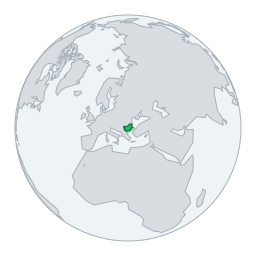 Bulgaria on an orthographic globe, rotated 337°
{"feature_id": "BGR", "entity_name": "Bulgaria", "entity_type": "country or territory", "adm_level": 0, "iso_a3": "BGR", "parent_name": "Europe", "parent_adm1": "", "projection": "orthographic", "projection_center": [24.961, 42.741], "detail": "fine", "context": "on_globe", "style": "filled", "palette": "green", "viewbox_px": 256, "rotation_deg": 337, "n_neighbors": 0, "source": "natural_earth", "source_scale": "50m", "svg_char_len": 11464}
<svg xmlns="http://www.w3.org/2000/svg" viewBox="0 0 256 256"><g transform="rotate(337 128 128)"><circle cx="128" cy="128" r="113" fill="#eef3f6" stroke="#a8b0b8"/><path d="M86.1,23.4L90.1,22.4L86.9,23.5L88.6,23.1L92.7,21.8L95.0,21.1L106.7,20.1L120.4,18.9L124.7,17.8L123.8,18.8L131.7,16.7L139.1,16.9L130.8,17.2L130.0,17.7L135.1,17.9L135.3,18.5L137.9,19.0L137.8,19.7L133.0,20.2L132.8,20.8L136.4,20.9L138.5,21.9L133.3,21.6L136.4,23.5L129.0,25.2L115.1,24.7L111.0,27.3L96.8,31.3L98.1,31.9L93.5,34.2L93.4,35.9L90.8,36.4L92.9,37.4L95.3,36.6L97.0,36.9L97.1,37.9L93.8,38.6L93.3,38.2L92.4,39.0L90.7,39.0L91.6,39.5L87.6,40.5L91.7,41.1L88.6,43.2L86.0,43.4L86.1,41.3L80.2,37.6L77.5,37.6L73.6,39.5L66.5,47.2L63.6,48.3L59.8,51.2L61.4,51.4L65.0,49.2L67.1,50.6L71.3,48.0L72.7,48.3L77.0,46.7L76.5,49.2L73.7,52.7L70.1,54.2L68.7,55.8L72.3,56.4L65.7,61.5L61.5,69.1L59.8,70.3L56.2,68.7L56.0,63.3L51.4,62.1L54.4,65.3L50.1,68.8L49.4,70.5L49.7,71.9L51.4,71.6L50.0,73.4L46.4,70.7L47.6,69.0L48.8,69.8L48.6,67.4L46.1,66.0L44.1,68.1L42.5,64.6L41.1,66.2L39.9,66.5L42.3,64.1L37.9,68.4L35.8,66.5L29.7,74.5L35.5,65.5L37.5,62.1L39.4,59.0L38.4,60.1L42.3,55.0L42.8,54.4L48.9,47.8L55.5,41.8L62.6,36.3L70.1,31.4L77.9,27.1L86.1,23.4ZM19.1,99.4L19.1,99.2L18.8,101.5L17.5,106.2L18.3,104.2L17.4,108.7L17.5,116.8L17.2,117.2L17.0,129.8L18.9,140.0L19.3,145.4L18.9,146.6L20.0,149.9L20.0,151.4L26.1,164.5L30.7,173.7L31.6,178.6L29.7,179.8L32.6,187.9L32.0,187.0L28.0,179.8L24.4,172.3L21.5,164.6L19.1,156.6L17.3,148.6L16.0,140.4L15.4,132.1L15.4,123.9L16.0,115.6L17.3,107.4L19.1,99.4ZM28.2,76.7L23.7,87.9L24.7,84.1L24.8,84.2L26.2,80.7L28.5,75.8L29.7,73.0L28.2,76.7ZM29.8,75.9L30.4,74.3L30.0,75.5L29.8,75.9ZM96.0,20.7L92.8,21.8L89.0,22.9L91.6,21.9L96.0,20.7ZM103.3,19.3L101.9,19.8L100.1,19.8L101.4,19.5L103.3,19.3ZM127.6,17.1L124.9,17.2L127.4,17.0L127.6,17.1ZM138.3,18.9L139.0,18.8L140.0,19.1L138.3,18.9ZM77.0,45.5L77.0,46.1L76.2,46.0L77.0,45.5ZM78.9,44.3L78.0,43.8L78.7,43.2L79.3,43.5L78.9,44.3ZM140.8,20.7L142.3,21.4L139.9,20.7L140.8,20.7ZM79.9,45.0L80.2,42.1L81.5,41.1L84.7,41.4L79.9,45.0ZM142.6,21.9L146.3,24.0L148.1,23.7L145.1,25.9L142.9,23.3L139.8,22.4L142.1,22.5L142.6,21.9ZM96.0,36.0L93.4,36.8L95.4,35.2L96.0,36.0ZM96.8,34.9L100.6,30.1L104.4,29.6L102.4,31.2L107.2,29.9L107.3,31.9L104.6,33.1L102.1,33.0L104.0,33.9L96.8,34.9ZM142.8,26.9L143.0,27.6L141.9,27.0L142.8,26.9ZM97.8,36.8L98.2,35.8L101.6,35.2L101.4,37.1L100.4,36.7L97.8,36.8ZM108.5,28.6L110.9,28.6L111.7,30.2L112.7,30.5L107.6,31.9L108.5,28.6ZM99.7,37.4L101.2,38.1L99.7,39.4L97.7,37.8L99.7,37.4ZM102.6,34.3L104.1,34.2L103.2,34.8L102.6,34.3ZM95.4,44.6L95.8,43.2L97.6,42.8L95.4,44.6ZM101.9,38.4L102.4,37.9L103.1,37.6L103.8,38.4L101.9,38.4ZM108.5,33.0L108.2,33.8L110.6,32.5L111.2,33.8L107.7,34.6L109.5,34.8L109.7,35.2L106.6,35.4L108.5,33.0ZM106.7,38.4L102.5,40.1L101.3,42.6L99.7,43.0L101.8,39.0L106.7,38.4ZM106.9,36.6L106.4,37.8L104.6,37.7L103.9,36.8L106.9,36.6ZM112.9,34.4L112.8,32.2L113.6,32.2L112.9,34.4ZM106.7,39.1L107.7,38.7L106.8,39.3L106.7,39.1ZM111.4,35.9L111.3,35.1L112.1,35.0L111.4,35.9ZM109.9,38.7L108.5,39.2L108.0,38.5L109.9,38.7ZM110.9,37.4L112.1,37.5L108.6,38.0L110.7,37.0L110.9,37.4ZM112.2,35.9L112.7,35.6L112.2,36.3L112.2,35.9ZM112.8,40.9L108.5,41.7L107.3,40.2L111.6,39.6L112.8,40.9ZM61.2,179.0L54.3,161.4L57.6,157.0L58.2,149.9L81.1,132.9L86.0,136.0L104.1,136.4L106.4,137.7L104.4,143.5L118.0,152.0L122.4,147.2L134.7,151.0L142.8,150.2L145.6,138.8L132.2,139.9L129.8,134.4L140.4,128.8L152.1,128.0L151.5,125.9L144.1,122.0L146.7,117.5L141.5,120.3L143.7,122.3L140.5,124.2L138.3,122.5L139.3,120.9L135.8,120.2L131.9,128.3L133.7,131.2L124.5,132.8L126.6,138.0L124.1,140.4L119.7,132.6L120.1,129.8L111.9,121.0L110.7,124.1L118.3,132.7L115.9,131.9L114.3,136.6L113.7,132.5L105.7,122.7L97.4,123.3L86.8,133.2L81.9,132.9L77.8,129.2L81.5,117.7L92.1,119.8L93.5,116.1L91.3,109.8L94.7,111.1L95.1,108.9L99.1,109.4L104.6,104.9L108.6,105.0L110.7,98.4L113.1,97.6L111.1,101.6L112.0,104.7L121.9,105.0L123.9,103.6L124.4,99.4L127.1,100.2L126.4,96.1L132.1,94.4L124.5,93.2L125.0,88.6L128.4,85.1L127.2,83.5L121.6,89.2L120.6,91.7L122.0,94.2L118.1,101.4L114.7,102.4L113.6,94.3L108.6,95.0L109.9,88.7L124.1,76.6L130.0,74.3L140.0,79.8L138.6,82.7L134.4,82.1L138.4,86.7L138.0,84.3L140.2,85.1L141.2,81.3L142.9,81.7L141.1,77.5L143.2,77.6L144.3,80.2L147.5,75.0L151.9,74.3L151.9,73.0L150.6,71.8L157.0,71.9L156.6,70.9L154.4,70.5L152.4,68.3L151.2,64.6L153.5,64.9L154.2,66.2L159.1,69.6L160.7,73.4L161.5,73.2L160.7,70.0L154.7,65.8L153.4,63.6L156.4,65.1L155.2,64.4L155.3,63.3L157.4,62.6L154.2,60.8L151.6,50.2L155.5,48.1L158.6,50.4L159.2,44.2L163.6,42.8L161.5,42.3L160.4,39.3L159.0,39.7L158.0,39.2L154.5,32.4L155.5,31.2L151.7,28.3L150.6,28.1L149.7,28.8L145.1,25.9L148.1,23.7L150.3,24.2L150.7,22.7L155.8,24.2L160.1,24.9L165.4,27.7L168.4,28.2L168.2,27.6L172.1,28.1L180.8,31.6L174.6,31.3L161.7,27.8L167.1,29.3L166.1,29.8L168.2,31.0L171.9,32.2L172.2,31.7L179.5,39.1L189.1,45.2L187.8,42.1L189.8,41.8L199.5,47.3L212.5,62.3L215.3,63.1L217.4,65.2L219.1,68.7L216.1,65.7L215.3,66.8L213.4,64.7L215.2,69.7L212.5,67.1L215.2,72.5L217.2,73.5L216.7,69.9L220.1,76.1L223.1,76.7L226.6,81.0L231.8,94.8L232.6,103.0L233.3,104.9L232.0,105.4L232.7,111.4L237.0,116.1L237.8,118.8L237.7,128.5L237.3,126.7L233.9,127.9L235.0,135.2L237.7,135.9L238.6,140.4L237.4,141.9L236.2,138.2L234.9,138.4L234.0,132.5L230.6,126.3L229.2,131.2L228.1,127.7L223.2,124.1L220.6,131.1L217.1,147.1L218.7,156.4L216.6,162.5L209.2,153.8L205.6,145.8L203.1,148.6L195.3,144.3L182.4,150.2L180.4,148.2L178.0,150.5L172.5,149.8L169.4,146.3L166.1,147.6L174.4,156.6L177.9,155.2L180.6,149.7L182.3,153.2L187.5,154.6L182.3,166.5L162.9,180.6L160.8,173.9L144.7,155.6L145.0,153.1L145.0,152.8L144.7,152.3L143.5,156.5L140.7,152.6L149.5,166.4L151.1,172.3L162.6,181.1L161.6,182.5L165.3,183.8L176.6,177.9L176.7,180.2L171.5,192.2L155.6,208.6L157.6,215.8L156.2,221.8L146.1,226.9L146.7,230.4L141.4,232.2L140.9,234.0L136.6,236.0L129.3,237.6L117.3,237.3L116.7,236.0L111.0,232.8L103.1,223.0L106.4,218.6L105.4,214.3L96.7,203.0L98.6,197.2L96.2,194.2L91.3,193.9L88.5,190.1L85.6,189.3L66.9,185.7L61.2,179.0ZM73.3,143.8L72.8,146.0L72.7,146.0L73.3,143.8ZM164.6,132.8L171.4,131.3L167.9,124.9L170.2,123.9L168.2,122.2L167.6,124.5L162.6,119.7L165.3,116.7L164.3,113.8L161.9,114.2L157.7,120.5L164.9,127.2L163.6,130.6L164.6,132.8ZM17.5,117.0L17.4,118.9L17.3,117.6L17.5,117.0ZM24.0,85.3L23.4,87.0L22.8,88.5L23.1,87.5L24.0,85.3ZM21.3,99.1L21.0,101.4L20.9,99.8L21.3,99.1ZM23.2,89.6L21.4,97.5L21.3,94.9L22.5,90.1L22.2,92.3L23.2,89.6ZM28.3,77.5L27.8,78.8L27.4,79.3L28.3,77.5ZM29.5,76.8L29.5,76.5L30.1,75.4L29.5,76.8ZM50.3,68.9L50.6,69.2L50.5,70.8L49.8,70.5L50.3,68.9ZM54.8,75.9L52.4,78.7L53.6,76.4L52.1,76.4L52.8,71.6L59.0,70.7L56.1,71.9L54.8,75.9ZM55.5,65.4L54.4,68.3L55.4,65.2L55.5,65.4ZM93.4,97.0L94.7,98.8L93.2,101.1L88.1,101.7L90.3,98.2L93.4,97.0ZM97.0,100.8L97.3,93.0L100.5,92.5L98.7,94.0L100.7,94.5L98.3,97.2L101.0,104.7L99.9,107.3L91.1,106.6L94.6,105.3L93.1,103.5L97.0,100.8ZM92.6,76.0L92.7,73.2L99.4,75.7L98.5,78.1L93.3,78.7L91.4,76.2L92.6,76.0ZM85.5,46.4L85.1,45.6L86.0,45.4L87.1,45.8L85.5,46.4ZM95.4,44.0L88.0,49.8L87.2,49.1L83.8,53.6L80.4,53.7L82.7,50.7L77.6,54.3L78.3,51.6L75.0,54.3L80.5,47.7L81.0,45.6L81.8,47.8L84.9,47.8L86.4,47.2L90.9,43.9L93.4,39.8L96.9,39.3L98.7,40.1L98.6,41.0L96.4,41.0L97.9,42.2L94.6,42.9L95.4,44.0ZM117.8,52.7L115.2,51.7L117.7,55.5L114.4,55.7L114.9,56.1L112.6,57.5L110.6,59.9L109.1,59.7L108.9,60.7L107.4,61.7L106.7,63.2L103.8,63.3L102.7,65.1L101.9,64.2L100.9,67.3L100.3,65.1L98.3,66.3L99.9,67.8L85.7,66.3L80.1,67.8L75.8,70.4L75.5,66.5L79.3,61.8L85.1,57.4L90.5,56.7L89.4,55.2L91.6,54.5L91.6,56.0L93.0,53.3L94.8,53.2L100.0,50.1L100.9,46.6L102.8,45.5L103.4,46.8L104.9,44.8L107.3,46.5L108.7,45.8L112.4,47.0L112.7,50.0L114.3,49.0L117.2,50.0L117.8,52.7ZM113.8,41.3L114.9,44.6L113.6,46.5L107.6,43.8L106.0,44.2L102.1,42.8L104.0,40.2L104.9,40.8L106.3,40.8L105.2,41.6L107.1,41.0L108.4,41.9L110.3,41.6L110.1,42.8L113.8,41.3ZM109.0,135.7L110.7,136.1L113.5,136.0L112.5,139.1L109.0,135.7ZM103.4,129.1L105.0,128.8L105.0,132.9L103.2,132.6L103.4,129.1ZM105.9,125.4L105.1,128.5L104.4,126.6L105.9,125.4ZM112.6,101.3L114.3,100.9L114.5,101.9L113.5,103.4L112.6,101.3ZM124.5,64.7L123.2,63.7L123.7,63.1L122.9,59.9L125.3,59.6L126.7,61.4L124.5,64.7ZM143.3,141.0L140.9,143.4L139.7,142.5L140.8,141.8L143.3,141.0ZM126.0,141.8L129.9,143.1L125.7,142.6L126.0,141.8ZM126.9,63.9L126.3,62.5L127.9,63.2L126.9,63.9ZM127.0,59.2L128.8,59.7L125.5,59.2L127.0,59.2ZM174.8,216.3L166.5,227.1L161.4,228.4L160.8,226.3L164.1,220.3L170.1,217.1L173.2,213.4L174.8,216.3ZM238.8,148.4L238.3,150.5L238.7,148.3L239.4,144.8L238.8,148.4ZM238.6,148.5L237.4,149.9L233.6,145.7L235.0,143.3L238.5,142.6L238.4,144.3L239.1,144.2L238.6,148.5ZM240.3,137.1L240.1,138.5L240.0,135.4L240.1,132.2L240.3,130.4L239.7,115.1L239.8,114.6L240.4,120.2L240.4,120.4L240.6,128.7L240.3,137.1ZM219.1,156.9L221.5,160.4L220.2,162.6L219.1,156.9ZM238.4,106.7L239.4,113.0L238.1,105.7L238.4,106.7ZM236.9,100.7L237.4,102.3L237.1,101.8L236.9,100.7ZM234.4,107.3L234.2,109.7L233.6,108.5L233.5,104.8L234.4,107.3ZM229.2,84.8L231.2,88.3L231.9,89.9L230.8,88.7L229.2,84.8ZM146.4,60.9L144.8,65.6L145.3,69.1L148.0,71.2L143.5,70.4L142.8,65.0L146.4,60.9ZM150.7,51.4L148.3,49.8L149.7,49.4L150.5,49.7L150.7,51.4ZM149.0,51.3L145.3,51.6L144.2,50.0L147.3,50.0L149.0,51.3ZM136.1,57.4L135.5,58.8L134.3,58.1L136.1,57.4ZM237.5,101.4L238.1,104.3L237.1,100.0L237.5,101.4ZM237.9,103.8L237.4,101.9L237.2,100.8L237.9,103.8ZM237.1,99.9L236.2,96.7L236.5,97.8L237.1,99.9ZM236.0,98.0L236.6,98.2L236.8,100.9L234.3,94.5L234.0,92.6L236.0,98.0ZM218.1,63.4L216.8,62.1L215.8,60.3L217.0,61.6L218.1,63.4ZM211.3,53.7L215.1,59.4L217.9,64.4L218.2,64.0L220.9,67.6L219.2,66.6L215.5,61.1L213.7,57.9L211.2,55.3L208.6,51.9L205.6,49.7L203.7,47.8L205.8,48.9L211.3,53.7ZM204.4,48.9L198.3,44.6L197.5,42.5L198.6,43.0L201.8,45.8L202.0,46.7L204.4,48.9ZM196.6,43.0L196.7,44.0L188.1,41.1L186.1,40.1L192.2,40.7L192.7,41.7L195.0,42.9L196.6,43.0ZM144.1,27.5L143.1,27.6L143.6,27.1L144.1,27.5ZM157.2,39.5L155.9,38.9L156.6,38.2L157.2,39.5ZM152.5,36.7L152.7,37.9L151.5,36.6L152.5,36.7ZM153.3,40.6L152.3,38.3L154.6,40.7L153.3,40.6Z" fill="#d9dde1" stroke="#a8b0b8" stroke-width="1"/><path d="M132.5,129.4L132.3,129.4L132.2,129.4L132.2,129.5L131.9,129.5L131.7,129.5L131.5,129.4L131.4,129.3L131.3,129.2L131.3,129.3L131.0,129.3L130.9,129.4L130.7,129.5L130.4,129.5L130.3,129.8L130.1,129.8L130.0,130.0L129.8,129.9L129.7,130.0L129.7,130.4L129.8,130.6L129.7,130.7L129.4,130.8L129.2,130.8L128.8,130.8L128.6,130.9L128.4,130.9L128.0,130.7L127.8,130.6L127.7,130.7L127.4,130.5L127.3,130.3L127.2,130.4L126.9,130.4L126.7,130.4L126.6,130.5L126.4,130.5L126.2,130.6L125.9,130.6L125.7,130.6L125.3,130.8L125.1,130.7L125.0,130.2L125.1,129.9L125.0,129.7L124.9,129.4L124.7,129.3L124.5,129.2L124.4,129.1L124.2,128.8L124.3,128.8L124.3,128.7L124.5,128.5L124.5,128.4L124.4,128.3L124.3,128.2L124.4,127.9L124.4,127.7L124.5,127.7L124.8,127.7L125.0,127.4L125.1,127.2L124.9,126.9L124.8,126.7L124.6,126.5L124.5,126.4L124.4,126.1L124.3,125.9L124.3,125.7L124.5,125.4L124.7,125.2L124.8,125.0L125.2,125.2L125.3,125.3L125.2,125.5L125.0,125.8L125.5,125.7L126.0,125.8L126.6,125.9L127.0,126.0L127.2,125.9L127.8,126.0L128.3,126.1L128.8,126.2L129.0,126.1L129.4,125.8L129.8,125.5L130.2,125.3L130.7,125.2L131.0,125.2L131.5,125.4L131.8,125.5L132.1,125.5L132.4,125.8L132.6,125.9L132.8,125.9L133.1,125.9L133.1,126.4L133.0,126.6L132.8,126.6L132.5,126.6L132.4,126.9L132.3,127.0L132.2,127.4L132.2,127.9L132.1,128.0L131.7,128.5L131.9,128.6L132.0,128.7L132.2,129.0L132.4,129.3L132.5,129.4Z" fill="#22c55e" stroke="#15803d" stroke-width="1.5"/></g></svg>